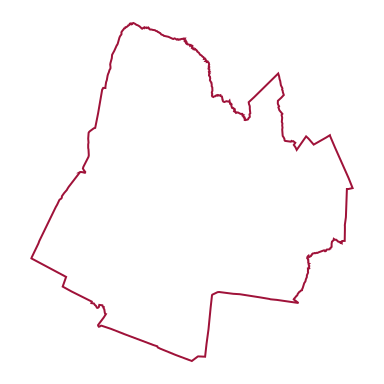 outline of Beidaud, Tulcea, Romania
{"feature_id": "2599482B84970171586181", "entity_name": "Beidaud", "entity_type": "district", "adm_level": 2, "iso_a3": "ROU", "parent_name": "Romania", "parent_adm1": "Tulcea", "projection": "mercator", "projection_center": [28.531, 44.703], "detail": "fine", "context": "isolated", "style": "outline", "palette": "rose", "viewbox_px": 384, "rotation_deg": 0, "n_neighbors": 0, "source": "geoboundaries", "source_scale": "gbopen_adm2", "svg_char_len": 5842}
<svg xmlns="http://www.w3.org/2000/svg" viewBox="0 0 384 384"><path d="M276.9,299.9L298.5,303.0L293.7,299.4L293.8,299.1L294.8,297.9L295.3,297.6L295.8,296.5L296.5,296.1L297.4,295.0L297.7,294.0L299.2,292.0L300.3,291.3L300.8,290.6L302.0,290.2L302.3,288.7L302.7,288.1L304.2,283.2L305.4,281.4L305.9,279.2L306.8,277.2L306.9,275.3L308.0,272.8L308.1,272.1L307.9,271.4L308.0,270.2L307.9,268.5L308.9,268.4L308.8,267.8L309.1,267.8L308.8,267.1L309.2,266.5L309.3,265.9L308.8,265.2L308.6,264.2L309.2,263.6L308.5,263.3L308.2,262.5L308.2,261.8L308.4,261.4L308.1,260.2L308.3,260.1L308.3,259.8L308.0,259.1L307.2,258.3L307.3,257.2L308.0,256.1L308.5,255.7L308.7,256.6L309.1,257.1L311.0,256.0L311.1,255.4L311.9,254.8L312.2,253.9L313.0,253.4L313.9,253.4L314.7,253.0L315.7,253.2L316.6,252.8L317.6,252.9L318.4,252.4L323.8,250.4L324.4,250.4L324.9,251.2L325.5,251.2L325.9,251.0L326.2,250.1L326.7,249.6L329.5,249.3L330.2,248.3L330.5,248.3L330.6,247.8L331.6,246.9L331.6,243.8L332.0,241.6L333.5,240.3L333.8,238.9L335.1,239.8L336.0,239.7L337.2,240.6L337.8,241.4L338.9,241.7L339.4,242.2L340.3,242.0L340.4,242.6L340.7,243.0L341.2,242.9L341.7,243.2L341.7,242.6L342.2,241.0L344.7,240.9L344.9,230.1L344.9,225.7L344.8,225.3L345.9,217.2L346.9,189.0L348.5,189.0L352.6,188.1L348.6,178.1L334.9,147.3L330.2,136.3L329.9,135.2L326.2,137.5L313.7,144.6L308.4,138.5L306.1,136.4L296.7,149.9L295.6,147.5L293.8,144.9L295.3,142.8L293.3,141.2L292.8,141.4L291.5,140.9L290.9,141.7L285.1,140.9L284.6,140.4L284.4,138.8L283.5,137.1L282.7,135.9L282.2,129.5L282.5,127.6L282.2,125.6L282.4,123.4L281.8,121.9L282.2,117.6L281.6,115.0L282.4,113.9L279.4,110.3L278.4,107.3L279.1,106.3L278.1,104.6L277.8,103.4L277.9,100.8L281.2,97.8L283.8,95.0L282.8,92.0L282.7,90.7L282.1,89.7L282.4,88.3L280.9,85.3L280.2,80.9L279.6,79.2L279.1,76.3L278.2,73.5L254.0,97.3L248.7,102.2L249.0,104.2L249.6,105.6L249.8,106.7L249.8,109.0L250.3,113.3L249.5,114.3L249.8,116.7L249.7,117.1L248.6,118.1L248.1,119.2L247.8,119.5L245.3,120.1L244.7,120.0L244.7,119.0L245.0,118.7L244.9,118.4L244.4,118.0L244.7,117.8L244.4,117.1L243.6,116.8L243.5,116.0L242.6,115.8L242.5,115.5L243.0,115.1L242.5,115.0L242.6,114.4L242.3,113.9L240.6,113.9L237.8,112.4L236.1,112.9L235.9,112.1L235.0,111.2L234.7,111.2L234.7,111.7L234.1,111.3L234.5,110.7L234.3,110.3L234.8,110.2L234.8,109.2L233.0,107.9L232.4,108.1L232.0,107.8L231.3,105.5L231.6,104.3L231.1,103.8L230.7,104.2L230.3,104.1L230.0,103.4L230.1,102.9L229.8,102.3L229.5,100.8L228.9,101.6L228.6,101.7L226.6,101.2L224.3,102.0L223.3,101.6L222.7,100.7L222.7,99.7L222.3,99.1L222.4,98.7L221.9,96.5L220.7,96.1L220.5,95.9L220.4,95.2L219.5,95.5L218.0,95.0L217.8,95.2L217.0,95.1L216.8,95.3L217.0,95.7L215.6,95.7L215.1,96.3L213.9,96.5L213.3,97.0L212.2,96.4L211.9,95.1L212.2,94.4L212.2,93.7L211.8,92.9L211.9,92.0L212.2,91.4L212.4,90.7L212.3,87.4L211.7,86.3L211.7,84.0L211.3,83.0L211.4,82.5L210.7,81.7L209.9,80.1L210.2,78.5L210.0,76.8L209.6,76.5L209.5,76.0L209.0,75.5L209.1,74.1L209.6,73.6L209.1,72.8L208.9,72.0L209.7,71.7L209.2,71.1L209.4,69.8L208.5,68.8L208.6,68.3L209.2,67.8L208.8,67.1L209.1,66.7L208.8,66.4L208.8,65.8L209.2,64.6L209.0,64.2L208.9,63.1L208.3,62.2L207.6,62.1L207.5,61.6L207.0,61.8L207.1,61.3L205.6,61.1L206.1,60.6L205.5,59.2L205.1,58.8L204.2,58.9L204.5,58.3L204.0,58.1L203.4,57.1L202.6,56.7L201.4,55.4L200.1,54.7L198.9,52.8L197.2,51.5L197.2,51.0L196.6,50.5L196.4,50.0L195.7,49.7L195.3,49.1L194.6,49.5L194.2,49.1L193.7,49.2L193.6,48.5L193.0,48.8L192.0,48.1L192.3,47.7L192.3,47.3L191.6,46.6L191.5,46.3L192.1,46.6L192.4,46.2L192.4,45.8L191.1,45.4L190.7,44.9L190.4,45.0L190.4,45.5L190.1,45.7L190.0,45.1L188.8,44.5L187.5,44.4L187.0,44.1L187.1,43.5L186.2,43.3L186.5,42.2L186.2,42.1L186.0,41.4L185.4,41.9L185.1,41.6L185.7,41.4L185.7,41.0L185.2,41.0L185.0,40.5L185.2,40.1L184.0,39.5L184.5,39.2L184.9,38.5L183.5,38.5L183.0,38.8L181.1,39.0L180.5,39.4L179.9,39.4L179.7,39.6L179.3,39.4L178.6,39.4L178.3,39.7L177.7,39.2L177.2,39.6L176.6,39.6L175.6,38.8L174.4,38.4L173.3,39.0L172.9,38.9L168.4,36.8L163.8,35.8L163.4,35.3L161.2,34.4L160.2,33.1L159.5,32.9L158.6,32.1L157.7,31.9L157.1,31.2L155.9,30.9L154.9,30.2L152.7,29.9L151.6,29.5L150.0,29.5L149.3,28.9L149.2,28.4L148.5,28.3L148.2,27.5L146.6,28.0L146.2,27.5L145.2,27.8L144.6,27.4L144.2,28.1L143.5,27.7L142.2,28.7L141.9,28.6L139.6,26.4L137.6,25.2L136.3,24.8L135.4,24.0L133.4,23.0L132.5,23.3L132.2,24.1L131.5,24.4L131.1,24.3L131.0,23.7L130.8,23.4L129.8,23.7L129.3,24.9L129.0,25.2L128.2,25.4L127.9,26.0L126.3,27.2L125.5,27.2L125.0,28.2L124.0,28.5L123.5,29.5L122.8,30.2L121.8,31.6L121.4,32.3L121.5,33.4L121.4,34.5L120.4,35.7L119.5,37.4L117.7,43.8L117.1,45.0L116.8,45.2L114.3,50.8L112.1,54.8L111.8,58.2L110.5,62.9L110.2,64.5L110.5,67.1L110.4,68.6L109.5,70.0L108.8,72.4L108.2,73.7L107.6,75.6L106.8,80.2L106.1,82.1L105.5,86.3L105.4,88.0L103.2,87.9L102.9,88.3L102.6,89.2L102.2,89.5L98.1,113.3L95.2,127.9L93.8,128.3L89.9,131.2L89.0,132.1L88.6,132.9L88.2,138.6L88.5,142.6L88.2,144.4L88.2,148.0L88.5,149.5L88.8,155.2L88.5,156.8L83.4,166.8L82.9,168.5L84.2,170.7L85.2,171.8L85.1,172.7L84.9,172.8L82.0,172.1L80.2,172.0L79.7,172.3L79.9,172.3L68.8,186.7L67.5,188.7L66.9,189.9L64.1,193.1L61.9,196.2L61.8,197.7L61.3,198.5L59.6,199.7L59.3,200.1L57.2,204.6L55.7,207.2L39.3,241.0L38.4,243.5L31.7,257.4L31.4,258.4L66.1,276.9L62.7,286.6L71.6,291.5L91.8,301.6L91.4,303.1L93.9,303.5L94.8,304.9L95.9,305.8L96.9,307.7L97.5,307.9L97.9,307.8L98.8,307.1L99.3,304.9L102.4,305.3L102.8,306.7L103.8,307.1L103.6,308.0L103.7,308.5L104.3,309.3L104.8,312.7L105.2,313.8L105.9,314.1L103.8,317.4L98.1,325.0L98.1,325.6L98.8,326.7L99.8,326.5L100.6,325.8L101.5,325.7L110.8,328.8L124.3,334.1L153.3,345.0L157.3,346.3L157.7,347.4L160.3,348.7L175.5,354.9L191.8,361.0L197.8,356.5L198.4,356.4L205.1,356.7L206.5,344.1L208.5,329.3L210.6,307.9L212.0,295.3L212.3,294.7L217.5,292.2L219.1,292.0L233.2,293.8L239.7,294.2L260.2,297.4L269.1,298.9L270.6,299.3L276.9,299.9Z" fill="none" stroke="#9f1239" stroke-width="2"/></svg>